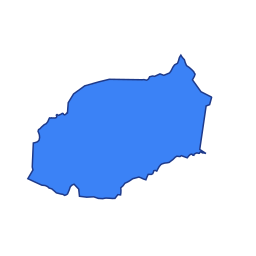 San Juan Yaeé, Oaxaca, Mexico (Mercator projection), rotated 23°
{"feature_id": "50627088B32639948648088", "entity_name": "San Juan Yaeé", "entity_type": "district", "adm_level": 2, "iso_a3": "MEX", "parent_name": "Mexico", "parent_adm1": "Oaxaca", "projection": "mercator", "projection_center": [-96.28, 17.445], "detail": "fine", "context": "isolated", "style": "filled", "palette": "blue", "viewbox_px": 256, "rotation_deg": 23, "n_neighbors": 0, "source": "geoboundaries", "source_scale": "gbopen_adm2", "svg_char_len": 2195}
<svg xmlns="http://www.w3.org/2000/svg" viewBox="0 0 256 256"><g transform="rotate(23 128 128)"><path d="M110.0,209.8L117.0,207.8L123.4,204.7L128.2,204.4L132.4,202.9L133.8,201.9L135.1,201.1L139.0,199.7L141.4,198.9L143.5,197.9L144.7,193.3L147.3,192.5L146.8,190.6L145.9,188.2L144.7,185.9L146.0,183.1L146.7,180.1L148.6,178.0L150.0,176.2L152.2,172.8L157.2,168.9L159.2,168.8L162.3,168.9L164.7,168.7L164.6,165.9L164.7,162.8L166.3,162.1L167.6,161.6L168.6,160.4L168.6,158.6L168.5,157.2L169.6,156.4L171.3,156.4L171.5,153.7L171.8,151.2L172.5,148.9L173.4,147.7L175.4,146.0L177.7,144.7L179.3,143.6L180.9,140.8L181.7,139.4L182.9,136.4L184.0,134.9L187.0,134.0L187.9,132.6L190.3,132.5L194.2,132.3L194.8,130.0L195.7,128.0L197.0,127.1L198.3,127.7L199.3,127.4L199.1,126.4L200.1,125.0L201.1,124.0L203.0,123.7L203.6,123.3L203.5,122.8L203.8,122.1L204.1,121.6L205.1,121.7L206.5,121.8L207.5,121.3L209.7,121.0L202.4,119.7L191.3,77.2L194.0,74.6L193.0,67.2L192.7,66.9L181.0,66.1L168.5,58.5L168.9,54.5L168.7,52.2L167.3,51.3L166.5,50.5L163.9,49.4L160.9,48.4L157.5,47.7L155.1,45.4L153.2,43.1L151.0,42.1L149.4,41.2L148.2,40.3L147.9,41.9L147.8,43.5L148.2,46.2L148.3,49.1L146.2,51.7L145.6,54.3L145.3,58.6L144.7,61.1L140.4,65.5L136.3,65.7L134.1,68.1L132.4,70.0L130.2,70.6L127.9,72.4L127.7,75.0L126.5,76.7L123.8,77.2L122.1,78.1L91.7,90.5L83.0,97.0L71.7,106.1L64.6,117.9L63.1,128.1L66.4,137.8L66.0,138.3L65.8,138.2L65.4,139.5L65.1,140.0L64.6,140.6L64.1,140.7L63.3,140.6L62.8,140.1L62.4,140.0L61.8,140.2L60.6,141.9L60.0,142.4L59.8,142.9L59.1,143.4L58.6,143.4L58.3,143.5L57.5,143.3L57.2,143.5L57.0,144.2L57.9,145.1L58.0,145.8L57.8,146.5L57.2,147.1L56.1,147.7L55.1,148.0L54.4,148.4L53.8,148.6L53.4,148.6L53.1,149.1L52.1,149.2L51.8,149.4L51.7,150.6L51.7,153.6L51.0,156.0L49.5,157.8L48.0,161.0L47.3,163.0L46.3,164.4L46.5,166.2L48.4,168.1L49.3,169.3L50.4,171.4L50.9,173.9L50.1,176.0L48.5,177.5L46.7,178.8L55.1,201.3L56.9,203.8L55.6,213.8L63.5,214.1L71.0,214.3L74.3,213.3L77.0,213.4L78.7,214.1L81.6,213.8L84.8,214.8L87.4,215.7L92.0,215.0L94.0,214.5L96.0,214.8L97.3,213.6L98.1,212.3L98.1,211.1L98.1,207.8L97.9,205.9L97.9,204.4L98.8,202.4L100.3,200.8L106.5,203.5L110.0,209.8Z" fill="#3b82f6" stroke="#1e3a8a" stroke-width="1.5"/></g></svg>